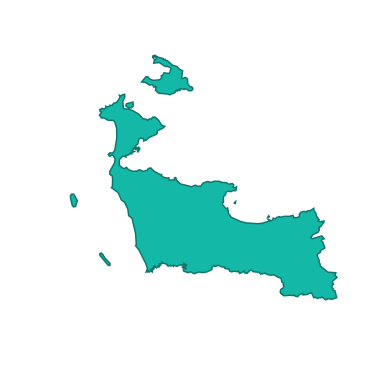 Pandeglang, Banten, Indonesia, rotated 74°
{"feature_id": "22746128B79755996911998", "entity_name": "Pandeglang", "entity_type": "district", "adm_level": 2, "iso_a3": "IDN", "parent_name": "Indonesia", "parent_adm1": "Banten", "projection": "robinson", "projection_center": [105.579, -6.619], "detail": "fine", "context": "isolated", "style": "filled", "palette": "teal", "viewbox_px": 384, "rotation_deg": 74, "n_neighbors": 0, "source": "geoboundaries", "source_scale": "gbopen_adm2", "svg_char_len": 6005}
<svg xmlns="http://www.w3.org/2000/svg" viewBox="0 0 384 384"><g transform="rotate(74 192 192)"><path d="M332.4,93.5L332.2,89.9L333.7,87.3L333.4,82.0L326.3,81.9L325.7,83.0L323.9,83.0L322.3,84.0L320.2,82.8L319.6,81.4L316.7,82.0L314.0,76.1L311.7,77.4L309.3,76.0L306.4,83.6L298.2,89.2L296.7,88.6L294.9,89.3L292.8,88.6L287.7,89.2L286.1,88.2L285.5,85.5L283.6,84.1L282.4,79.7L276.3,80.0L274.4,81.1L273.4,80.3L273.4,77.8L270.0,79.3L270.1,89.2L268.7,90.4L266.3,87.5L265.3,81.6L263.3,79.9L262.2,80.4L261.7,79.4L260.6,79.6L260.8,77.8L257.1,73.2L256.1,73.2L256.1,76.1L254.7,78.9L253.6,77.4L249.4,79.1L246.8,78.7L243.6,79.9L241.3,79.4L242.5,83.7L242.0,86.6L242.7,87.4L241.4,90.0L241.6,93.3L243.0,95.0L245.3,95.5L245.5,98.2L244.8,101.0L242.7,101.3L242.1,102.1L242.4,104.7L240.8,110.0L240.6,114.4L239.8,114.6L239.7,117.3L240.7,119.1L239.5,121.2L241.0,121.9L241.4,123.8L239.5,126.2L241.2,125.5L241.4,133.1L240.5,137.8L236.8,148.1L233.9,153.2L227.2,161.2L222.0,163.0L220.2,162.2L217.4,162.7L217.0,161.4L217.5,163.5L216.8,164.3L212.4,166.1L210.7,165.6L210.5,164.6L205.1,163.1L203.9,160.5L201.5,159.2L201.2,157.5L202.4,154.1L201.9,152.0L202.8,150.1L202.3,149.1L199.3,147.8L199.8,150.0L198.7,151.2L196.8,149.9L195.1,150.7L194.6,152.4L195.0,154.0L192.5,156.5L190.8,161.1L189.5,162.2L187.8,167.4L188.0,171.0L186.2,174.0L186.4,178.8L188.8,182.0L187.9,185.3L186.5,186.5L186.7,191.1L181.1,200.8L176.6,203.5L173.6,203.7L173.8,205.3L175.6,205.5L174.2,210.7L171.9,210.4L171.8,212.2L170.1,215.2L168.1,216.7L166.7,216.5L166.7,217.5L161.8,222.6L157.5,225.0L157.4,227.5L158.7,229.1L158.8,233.2L156.5,235.7L156.1,237.3L156.8,239.2L155.5,243.8L152.9,246.9L150.2,248.3L150.8,250.6L149.8,252.1L146.3,254.4L141.0,253.0L138.6,249.1L138.6,248.1L140.2,245.7L138.5,245.7L139.0,243.4L137.9,241.2L138.8,241.5L138.0,240.7L138.7,239.2L137.5,239.1L137.2,236.3L135.5,238.4L134.6,236.1L133.6,236.4L133.5,234.4L132.2,233.8L130.9,230.8L126.6,228.6L125.8,226.4L127.8,223.7L129.6,224.4L129.5,221.4L127.8,218.7L126.8,210.9L126.1,209.4L123.4,208.1L122.7,202.6L121.4,200.1L119.4,202.7L113.7,204.4L109.8,206.9L109.2,209.3L110.5,210.9L110.0,213.3L110.8,215.0L109.3,216.1L108.1,218.9L102.5,221.7L97.4,226.6L94.9,230.2L93.3,234.4L92.1,234.8L85.6,233.5L82.6,230.6L79.6,229.8L79.3,231.8L80.1,233.5L79.1,235.1L80.2,234.8L82.4,236.3L85.1,239.9L85.1,242.9L86.8,245.1L86.0,246.8L86.6,247.1L86.9,250.0L85.8,251.2L86.8,251.3L88.2,253.4L86.8,255.4L87.1,256.6L86.5,256.8L87.2,256.6L87.3,257.9L88.7,258.2L90.1,257.0L93.0,259.9L94.4,258.7L95.7,259.0L96.7,256.0L99.9,252.9L101.5,247.7L103.5,246.9L109.9,246.9L119.1,249.3L131.0,254.9L132.7,257.7L131.7,260.2L132.9,262.1L135.0,261.4L134.5,258.7L134.9,257.9L138.9,256.7L142.9,258.6L149.4,265.3L152.6,266.1L154.5,264.3L157.2,264.6L164.8,267.0L165.6,268.3L172.3,263.1L180.2,262.1L183.2,259.7L187.0,259.0L191.0,258.4L197.3,259.4L200.7,256.9L216.5,257.7L227.3,260.1L227.9,261.1L233.4,258.9L248.4,256.1L253.5,256.0L256.3,258.2L256.6,256.8L255.7,255.3L257.2,255.3L256.6,253.0L257.9,252.3L255.9,251.3L255.2,252.7L254.5,251.4L255.5,250.1L254.4,249.5L253.6,250.1L252.9,249.2L252.8,248.2L254.3,248.7L254.0,247.8L255.2,247.2L254.2,245.3L255.1,244.5L254.3,243.6L253.5,244.3L253.5,242.3L252.2,243.1L252.4,241.2L251.2,240.5L252.3,240.3L253.6,237.0L254.8,236.7L254.7,235.9L256.8,235.4L256.5,232.8L257.4,232.6L257.3,230.0L258.0,230.1L257.6,229.6L259.4,226.8L258.7,223.7L259.9,221.0L258.1,219.7L258.7,219.5L258.7,218.0L259.0,219.8L259.7,219.9L259.3,219.3L259.8,219.6L259.7,218.5L259.9,218.1L260.2,220.3L261.1,221.0L260.6,218.8L260.7,217.8L262.0,217.7L260.9,218.0L261.3,219.9L262.9,219.2L262.3,220.0L263.1,220.0L264.7,218.8L263.7,219.9L262.7,220.1L261.6,219.9L261.6,221.8L262.2,221.2L265.6,221.9L268.4,218.2L268.3,215.5L271.2,212.3L270.7,207.8L272.5,203.7L272.9,199.7L272.3,195.1L271.5,193.9L269.7,193.7L269.4,191.4L268.6,191.0L269.9,190.2L269.8,186.8L272.2,184.1L273.3,181.1L274.6,181.4L276.6,177.5L278.1,177.8L279.7,176.0L279.7,173.1L281.1,170.7L280.6,169.4L283.5,168.6L282.5,163.5L284.1,163.8L285.4,161.5L283.1,157.6L284.5,155.4L285.4,155.3L287.6,149.8L289.9,148.6L290.2,143.9L292.0,142.5L293.8,139.0L294.2,136.0L297.4,133.1L299.4,130.2L303.3,130.4L305.0,129.0L306.3,130.0L308.0,129.8L309.4,130.8L310.1,133.5L312.2,134.7L314.0,134.6L315.1,133.0L315.4,133.6L317.1,132.2L318.3,125.9L319.4,123.5L319.3,121.8L320.6,121.5L321.8,119.2L320.4,117.2L320.0,113.4L321.5,113.7L322.2,109.8L321.7,104.9L327.3,104.0L327.2,102.4L329.0,100.5L328.6,99.3L329.3,97.1L328.6,96.0L332.4,93.5ZM93.8,163.2L92.6,162.6L90.8,163.3L90.1,165.1L86.7,166.3L81.8,165.2L80.0,166.9L80.4,169.5L79.5,170.5L72.7,167.6L71.3,169.7L67.1,172.0L65.0,175.5L59.1,179.4L57.7,181.5L57.1,181.3L56.8,183.1L55.8,182.9L53.1,187.4L50.3,190.0L50.5,192.3L51.3,192.6L51.2,190.2L53.5,189.4L54.7,190.2L54.8,191.8L57.6,193.3L58.5,187.8L63.3,183.7L65.6,179.2L67.1,178.2L70.3,179.8L71.8,181.3L69.7,186.1L71.8,188.2L71.8,189.5L74.2,189.9L75.2,192.3L74.0,198.5L71.8,201.5L69.1,202.8L68.6,204.6L72.3,210.1L74.1,206.3L77.6,203.3L77.8,200.5L80.8,199.7L80.4,198.2L81.4,198.0L81.2,196.4L81.7,197.8L84.2,199.1L87.9,196.8L90.9,188.8L92.4,186.6L91.8,181.2L91.0,180.0L90.5,180.2L89.8,178.5L90.8,178.1L90.0,177.5L90.8,176.1L89.6,175.5L90.5,175.0L89.7,174.2L91.3,171.1L90.6,170.6L91.2,169.5L93.9,167.0L94.4,164.6L93.8,163.2ZM168.7,304.6L161.4,306.3L160.9,308.4L162.1,309.9L164.4,310.4L171.4,310.8L173.6,310.1L173.8,307.9L168.7,304.6ZM239.8,291.1L237.9,290.5L231.8,293.8L227.2,295.0L225.8,295.9L225.7,297.4L227.4,298.0L238.6,293.2L240.0,291.8L239.8,291.1ZM89.3,223.9L89.1,230.6L90.4,231.7L91.8,231.4L93.5,229.8L94.4,227.1L93.1,224.8L89.3,223.9ZM136.1,232.0L135.3,230.6L134.2,230.7L134.2,232.1L136.1,232.0ZM138.4,233.2L138.5,232.6L136.8,231.0L137.0,232.7L138.4,233.2ZM237.1,126.2L237.7,125.4L237.1,124.5L235.9,124.9L237.1,126.2ZM214.5,154.4L215.0,153.7L213.2,152.7L213.5,153.6L214.5,154.4ZM53.2,192.0L51.9,191.3L51.6,191.7L52.1,192.5L53.2,192.0ZM135.3,233.6L134.7,234.6L134.8,235.3L135.9,234.2L135.3,233.6ZM134.2,233.6L133.6,232.6L133.7,234.0L134.2,233.6Z" fill="#14b8a6" stroke="#0f766e" stroke-width="1.5"/></g></svg>